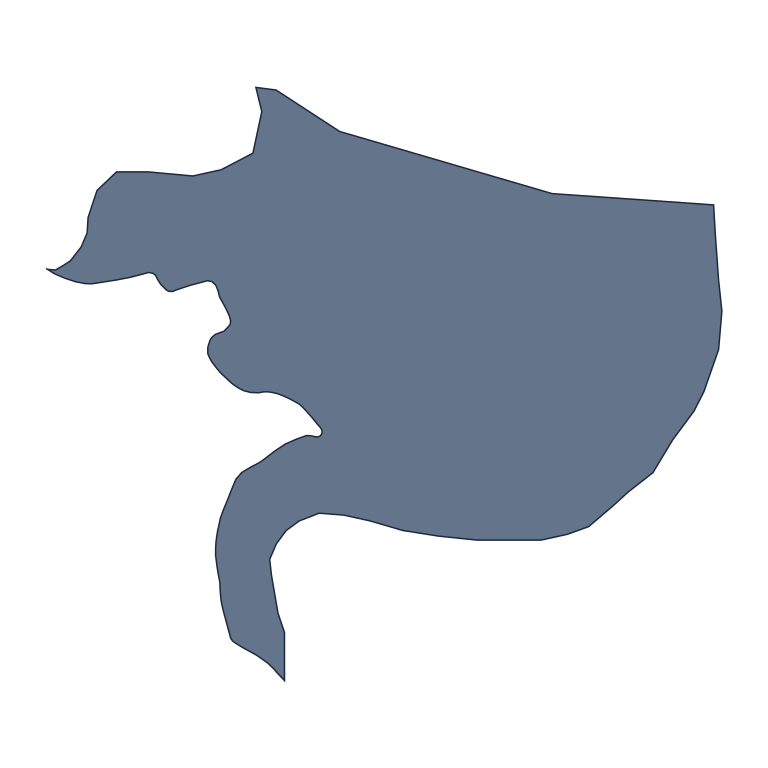 outline of Monchy/Ravine Macock, Dauphin, Saint Lucia
{"feature_id": "8701671B74804511892204", "entity_name": "Monchy/Ravine Macock", "entity_type": "district", "adm_level": 2, "iso_a3": "LCA", "parent_name": "Saint Lucia", "parent_adm1": "Dauphin", "projection": "natural_earth1", "projection_center": [-60.927, 14.048], "detail": "fine", "context": "isolated", "style": "filled", "palette": "slate", "viewbox_px": 768, "rotation_deg": 0, "n_neighbors": 0, "source": "geoboundaries", "source_scale": "gbopen_adm2", "svg_char_len": 2143}
<svg xmlns="http://www.w3.org/2000/svg" viewBox="0 0 768 768"><path d="M46.1,268.4L54.0,273.5L64.6,278.1L75.4,281.7L85.2,283.6L91.9,283.8L116.4,280.0L130.3,277.3L143.5,273.9L148.5,272.5L152.6,273.2L155.5,275.2L157.4,279.1L160.9,284.6L164.3,287.9L166.1,289.8L168.9,291.4L172.6,291.5L176.7,289.8L190.2,285.3L201.2,282.4L207.4,280.7L212.1,281.7L215.6,284.9L217.0,288.0L218.2,291.3L219.5,296.7L220.8,299.3L224.3,305.5L226.7,310.2L229.5,316.4L230.6,320.5L230.2,324.4L227.2,327.9L223.9,331.3L220.1,332.6L215.3,334.4L211.7,337.5L210.3,339.7L208.8,343.9L207.8,347.5L207.8,353.7L209.4,357.4L211.9,362.0L216.2,367.6L220.4,372.7L225.9,377.9L231.6,383.2L234.4,385.3L239.0,388.3L243.8,390.7L250.8,392.5L254.8,392.6L258.4,392.8L263.7,391.9L267.8,391.8L272.1,392.4L277.6,393.7L283.8,396.1L288.0,398.0L294.5,401.4L299.2,404.1L302.6,407.1L306.5,411.3L312.0,417.5L317.1,423.8L320.3,427.4L322.0,430.3L322.0,432.9L320.9,435.2L319.5,436.4L317.2,436.9L315.0,436.7L312.4,436.1L309.2,435.6L306.2,435.6L296.3,439.2L285.2,444.1L275.0,450.9L269.6,455.0L264.9,458.7L260.4,461.9L256.0,464.4L250.7,467.1L245.4,470.3L241.5,472.7L238.1,476.8L236.2,478.8L234.6,482.3L230.5,492.2L227.1,501.0L223.4,509.8L220.3,518.3L219.1,524.3L217.6,530.9L216.8,536.0L216.0,541.8L215.6,549.1L215.6,555.4L217.1,567.2L218.2,573.6L219.2,579.0L219.9,582.8L220.0,587.6L220.6,595.9L221.4,602.4L223.3,610.8L225.8,620.1L230.7,638.3L232.5,640.9L235.9,643.4L242.4,647.4L256.4,655.1L260.3,657.8L263.7,660.2L267.9,663.2L274.8,669.9L275.8,671.4L284.5,680.6L284.5,669.0L284.5,657.5L284.5,647.9L284.5,632.5L278.0,613.2L271.4,574.7L269.7,559.3L276.3,543.9L286.2,530.5L299.3,520.9L319.1,513.2L343.7,515.1L370.0,520.9L402.9,530.5L439.1,536.2L476.9,540.1L516.4,540.1L541.0,540.1L567.4,534.3L588.7,526.6L613.4,505.5L628.2,492.0L652.9,472.7L672.6,440.0L694.0,411.1L703.8,391.9L718.6,349.6L721.9,311.1L718.6,280.3L715.3,234.1L713.6,204.9L552.1,193.6L339.7,131.5L276.0,90.0L255.9,87.4L261.8,111.7L252.9,153.2L221.0,169.8L192.7,176.0L148.4,171.9L116.5,171.9L97.0,190.5L88.1,217.5L87.1,233.0L81.2,246.9L70.4,260.8L63.4,265.4L55.5,270.0L47.4,269.3L46.1,268.4Z" fill="#64748b" stroke="#1e293b" stroke-width="1.5"/></svg>